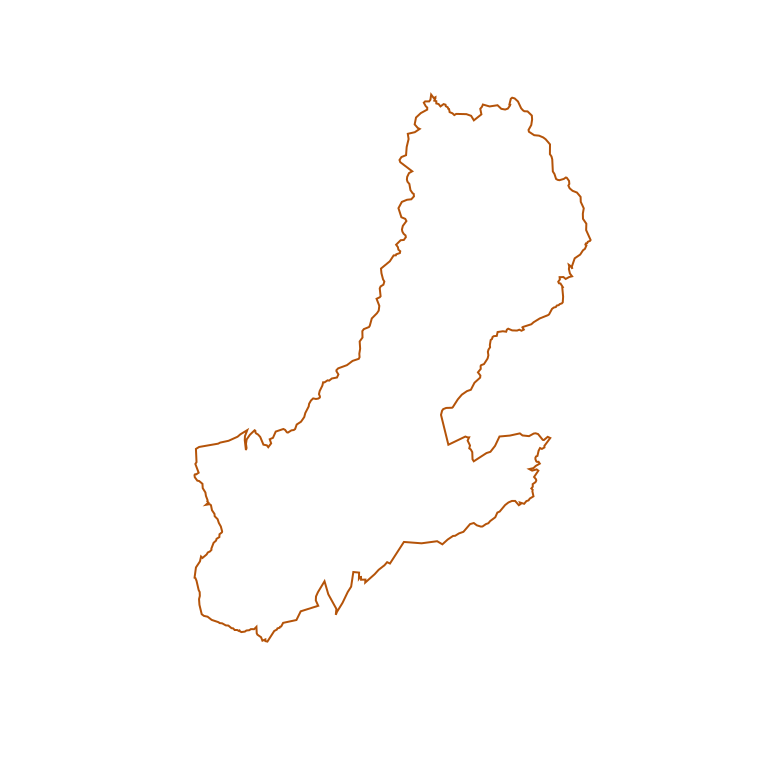 Huatlatlauca, Puebla, Mexico (Mercator projection), rotated 138°
{"feature_id": "50627088B76426864141477", "entity_name": "Huatlatlauca", "entity_type": "district", "adm_level": 2, "iso_a3": "MEX", "parent_name": "Mexico", "parent_adm1": "Puebla", "projection": "mercator", "projection_center": [-98.065, 18.679], "detail": "fine", "context": "isolated", "style": "outline", "palette": "amber", "viewbox_px": 768, "rotation_deg": 138, "n_neighbors": 0, "source": "geoboundaries", "source_scale": "gbopen_adm2", "svg_char_len": 6156}
<svg xmlns="http://www.w3.org/2000/svg" viewBox="0 0 768 768"><g transform="rotate(138 384 384)"><path d="M181.9,560.6L187.5,556.4L187.6,551.7L186.8,549.7L192.6,550.5L198.9,554.0L201.8,549.6L208.5,545.0L214.5,539.3L219.2,541.0L222.6,540.1L223.5,537.9L220.7,523.2L224.3,524.0L228.2,522.4L230.2,520.6L231.2,518.6L231.3,515.7L234.6,510.4L235.1,506.6L234.7,505.4L236.2,503.4L240.1,503.0L243.6,505.5L248.9,507.4L255.6,505.0L259.5,496.3L257.7,492.5L258.3,490.1L264.2,488.9L267.3,486.8L268.4,484.9L268.9,482.5L268.6,480.0L269.5,478.5L272.9,477.8L275.4,479.7L281.8,479.4L282.1,476.4L283.4,474.2L283.1,471.8L284.6,470.7L288.1,472.2L289.1,471.7L290.8,473.1L297.6,471.3L309.0,471.8L311.8,468.0L314.7,462.4L315.2,459.9L318.0,458.2L321.2,458.8L323.2,457.9L327.8,451.5L329.1,451.3L332.5,452.3L335.2,445.2L338.8,442.1L341.9,441.3L349.2,440.9L355.6,436.8L357.1,436.4L362.3,438.3L364.7,437.8L368.9,432.9L373.6,431.9L378.1,426.2L382.1,423.0L384.2,420.3L385.9,419.6L391.9,422.2L398.9,422.8L407.6,426.3L410.1,426.1L410.8,425.3L411.5,421.6L414.6,420.3L419.1,423.0L422.5,423.2L423.5,424.5L427.1,425.0L428.1,426.0L430.8,424.1L436.5,421.8L439.1,420.0L439.9,417.7L440.7,416.9L442.5,417.1L444.6,418.4L446.3,420.7L449.3,420.6L452.9,419.4L455.0,417.7L461.9,415.1L465.4,412.8L470.9,411.5L476.0,412.3L480.2,410.0L481.9,410.2L483.8,411.5L487.9,412.2L488.5,413.1L488.2,416.1L488.9,417.9L496.3,421.1L502.5,418.3L505.9,419.4L507.6,415.4L512.3,414.5L512.1,416.8L514.2,419.6L511.4,427.5L511.4,430.7L512.1,432.9L512.0,433.9L510.9,435.4L511.1,436.2L517.6,436.0L523.2,434.7L526.6,431.9L529.0,428.4L530.8,427.3L525.0,435.5L522.2,438.3L516.5,441.2L524.3,442.7L528.1,442.8L537.5,445.8L545.0,450.1L547.1,450.6L563.5,460.9L567.2,461.6L575.6,451.4L577.7,450.8L581.1,442.1L584.0,442.5L584.7,443.3L585.8,443.1L587.0,441.3L587.4,437.1L586.3,435.6L585.7,431.3L588.4,427.9L589.3,422.9L591.2,420.0L592.9,415.6L593.8,415.1L593.8,413.4L597.2,413.4L594.0,411.4L593.7,409.7L596.3,405.3L596.9,400.9L598.3,399.0L598.1,394.9L599.7,391.3L600.6,387.3L602.9,382.8L603.7,382.2L606.8,382.4L608.8,380.4L612.0,381.0L613.6,380.0L616.9,380.0L622.4,377.2L623.2,376.2L625.4,376.0L627.7,376.7L629.9,376.0L635.3,376.2L635.4,378.2L639.5,375.3L646.5,373.5L654.4,366.8L654.0,366.0L655.0,363.2L659.6,354.9L660.2,352.7L662.7,349.7L665.4,347.9L668.9,343.4L673.5,334.9L673.0,332.2L670.8,329.1L669.9,324.0L666.3,317.6L666.2,316.4L664.4,314.4L663.1,310.5L661.3,308.6L660.7,304.6L659.6,303.3L659.6,301.1L657.7,299.4L657.1,297.6L656.3,297.5L656.5,296.5L656.0,295.1L653.1,293.1L651.2,292.9L648.9,291.2L646.9,290.9L644.6,288.7L641.3,288.9L645.4,283.9L645.8,282.4L644.8,278.1L646.1,274.6L643.1,273.6L644.2,272.3L643.0,270.6L630.8,273.9L628.0,273.2L626.7,273.7L624.7,272.7L623.7,273.1L622.6,272.6L618.8,274.0L607.0,267.2L598.0,270.8L581.3,263.2L579.5,268.8L576.7,271.6L572.4,273.5L560.2,277.2L566.1,265.0L569.9,248.7L574.3,244.7L571.5,246.1L561.3,249.1L550.1,253.7L544.0,255.4L532.6,264.8L528.7,260.5L532.8,256.2L531.0,256.6L530.2,256.0L532.0,253.9L528.7,251.1L530.8,249.0L518.2,248.9L512.3,249.5L504.8,249.0L500.9,249.5L499.7,246.6L474.9,253.3L462.7,240.5L449.7,231.6L447.9,225.8L440.7,225.8L434.4,224.9L432.7,223.6L428.2,222.8L423.9,221.0L413.8,222.3L410.3,220.6L409.6,216.9L407.4,213.2L406.1,212.2L402.0,211.7L399.6,210.7L396.8,211.1L390.5,210.5L385.8,212.6L383.4,211.8L375.0,213.0L370.8,212.7L367.2,211.5L364.8,209.4L364.9,203.7L362.9,203.4L362.3,205.0L360.0,201.2L356.5,201.7L354.5,200.8L352.3,201.3L348.1,200.5L345.5,205.0L344.3,205.9L344.4,207.8L342.2,208.1L340.5,210.1L337.2,209.7L335.5,210.3L334.8,211.4L334.7,214.5L327.3,216.3L327.7,218.4L331.9,220.5L333.0,223.6L329.2,221.5L326.1,221.6L321.5,220.6L321.2,222.8L322.4,223.7L322.6,224.6L321.8,226.8L320.8,227.9L319.5,228.4L318.1,227.9L313.7,231.0L310.9,232.0L310.1,230.1L307.2,229.5L306.2,230.7L296.6,232.6L297.7,235.2L302.7,235.4L303.4,236.3L303.0,243.7L304.3,245.9L305.9,247.0L311.1,248.2L315.5,253.1L316.1,256.4L324.9,261.4L333.3,267.7L342.9,263.7L350.3,262.4L354.0,264.1L369.0,266.5L368.6,268.8L364.0,274.3L363.3,277.3L363.7,279.1L361.2,280.8L359.7,286.0L356.5,287.4L357.5,288.2L358.7,290.5L376.8,295.8L362.3,322.9L358.7,325.3L356.8,325.7L353.8,324.6L349.3,320.8L348.5,320.7L339.4,323.2L333.3,324.0L327.1,323.2L323.3,321.6L315.9,324.4L308.3,324.4L306.7,325.8L306.4,329.8L302.0,330.5L300.2,332.7L299.2,333.0L296.4,331.9L290.0,333.6L287.2,335.5L285.3,338.4L283.2,339.7L280.6,340.3L279.3,342.1L275.3,345.3L273.6,345.2L271.8,346.3L270.4,346.1L268.0,344.3L264.8,346.6L260.4,343.7L258.2,341.1L256.3,342.2L254.7,342.0L252.9,338.1L249.4,334.7L247.1,333.8L246.2,331.6L243.7,330.9L243.2,333.5L242.5,333.4L234.5,329.8L231.5,329.8L224.4,328.5L215.9,325.4L214.7,325.3L208.9,327.4L206.6,327.2L204.8,326.2L203.2,326.7L201.4,325.7L200.0,325.8L197.8,324.9L196.5,325.1L192.5,329.0L186.9,336.5L186.3,336.3L185.6,340.6L186.6,341.8L186.1,343.4L183.4,344.0L182.0,345.9L179.1,343.4L178.7,340.5L174.8,339.6L172.2,338.2L171.9,341.7L169.7,345.7L167.8,347.3L166.9,348.9L166.4,346.6L166.9,343.5L166.1,345.4L158.2,349.8L151.6,348.9L146.7,350.2L144.2,350.0L140.9,351.5L141.1,352.8L139.9,353.4L138.8,352.7L137.4,353.3L135.1,352.5L134.1,352.8L130.8,363.1L126.4,367.7L125.6,373.6L122.3,377.5L118.0,380.9L115.9,387.7L112.7,391.5L112.5,397.2L114.6,401.4L115.1,405.2L114.2,408.1L112.4,408.7L110.6,411.1L110.2,415.0L110.7,415.8L113.2,416.1L117.3,418.1L118.4,419.6L118.9,421.3L116.8,426.0L116.3,429.0L108.7,438.3L107.3,441.0L106.9,443.8L100.3,451.0L100.1,457.7L100.7,460.7L102.6,464.8L105.9,468.4L107.5,474.5L106.6,476.1L101.3,477.9L96.9,481.5L94.5,484.6L94.9,490.5L97.2,492.8L97.6,494.3L97.6,497.1L95.4,504.3L95.8,508.8L97.2,511.0L98.9,511.1L103.8,507.8L103.3,507.1L104.2,506.6L107.7,505.8L110.3,506.9L112.7,510.0L113.1,515.2L119.8,519.6L123.5,525.5L125.6,524.5L128.3,524.1L131.2,519.2L140.8,519.8L139.8,525.0L142.2,529.4L149.6,536.4L151.8,536.8L152.0,539.4L153.3,542.1L151.7,544.8L152.1,545.4L151.5,547.0L152.2,549.1L151.4,550.4L152.4,552.1L156.3,552.5L156.1,555.5L157.4,557.5L155.9,559.2L157.0,560.9L154.8,561.8L153.9,562.7L155.7,563.1L155.3,567.5L159.3,564.2L161.3,563.8L164.3,566.5L166.2,566.4L167.1,562.4L166.9,560.5L168.3,559.0L175.4,560.7L181.9,560.6Z" fill="none" stroke="#b45309" stroke-width="2"/></g></svg>